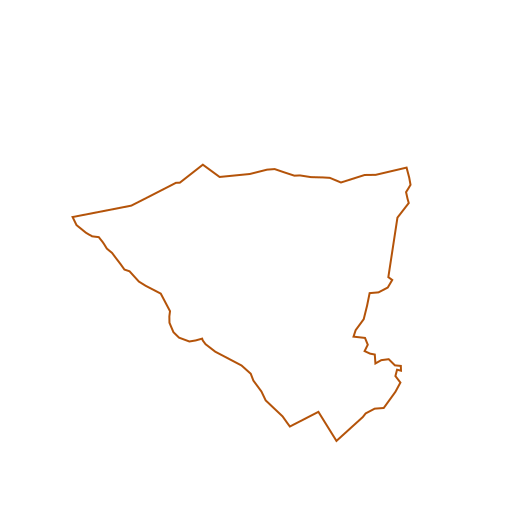 outline of Ould Yenge, Guidimaka, Mauritania, rotated 114°
{"feature_id": "47542326B88135317282644", "entity_name": "Ould Yenge", "entity_type": "district", "adm_level": 2, "iso_a3": "MRT", "parent_name": "Mauritania", "parent_adm1": "Guidimaka", "projection": "albers", "projection_center": [-11.856, 15.622], "detail": "fine", "context": "isolated", "style": "outline", "palette": "amber", "viewbox_px": 512, "rotation_deg": 114, "n_neighbors": 0, "source": "geoboundaries", "source_scale": "gbopen_adm2", "svg_char_len": 1377}
<svg xmlns="http://www.w3.org/2000/svg" viewBox="0 0 512 512"><g transform="rotate(114 256 256)"><path d="M295.0,439.4L300.8,432.5L303.9,420.9L304.4,416.8L304.4,416.2L304.5,414.8L304.7,413.8L303.8,410.8L302.7,407.3L304.0,404.9L305.6,401.8L306.9,399.7L309.9,395.3L310.7,392.5L311.7,388.8L314.4,384.0L318.7,376.1L319.6,374.6L321.9,370.7L321.4,365.3L323.7,360.1L327.0,352.6L328.1,344.7L329.1,327.7L341.4,312.1L346.4,310.6L352.2,307.9L355.4,304.5L359.2,300.4L360.7,296.4L361.9,293.1L361.2,282.1L357.7,276.8L353.4,271.6L354.8,270.3L357.1,266.2L360.0,254.3L361.9,224.7L365.7,212.9L370.9,207.7L377.6,195.9L384.0,188.4L391.7,166.5L395.9,159.4L398.0,155.7L373.0,135.6L392.2,107.3L359.6,92.9L355.2,91.8L347.2,85.5L342.9,77.5L323.4,73.4L312.9,72.6L309.0,79.8L302.5,80.9L301.8,76.9L297.5,79.0L299.4,84.6L296.3,92.8L300.2,99.2L305.6,103.2L297.7,107.4L298.8,112.1L298.7,118.1L291.6,117.8L286.5,123.1L290.0,134.1L283.2,134.8L269.9,131.9L256.3,134.3L243.7,137.1L239.4,129.3L231.2,122.8L222.5,121.8L221.5,126.5L163.4,142.4L145.5,138.0L142.0,140.9L136.6,144.9L132.5,144.3L128.1,143.8L122.1,147.9L114.0,154.4L133.2,179.7L137.8,189.7L154.3,208.3L154.6,220.4L157.0,226.8L161.6,237.9L164.5,248.6L167.0,253.6L168.1,264.3L169.0,274.3L172.6,281.0L183.6,295.0L198.6,321.4L194.2,341.7L220.0,355.4L221.7,358.9L242.2,375.4L260.7,390.4L295.0,439.4Z" fill="none" stroke="#b45309" stroke-width="2"/></g></svg>